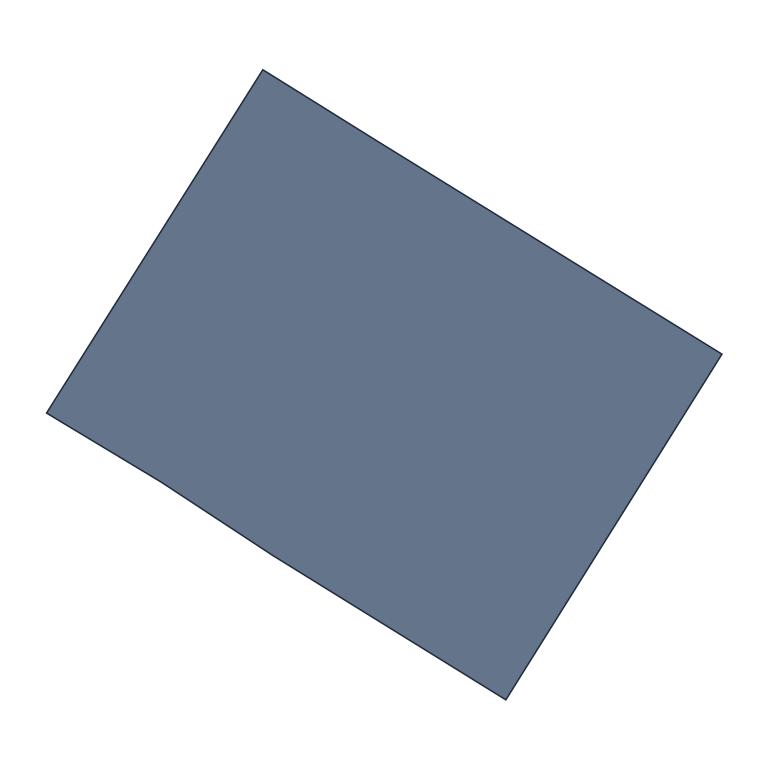 the district of Jefferson, Iowa, United States of America, rotated 212°
{"feature_id": "52423323B65380617817851", "entity_name": "Jefferson", "entity_type": "district", "adm_level": 2, "iso_a3": "USA", "parent_name": "United States of America", "parent_adm1": "Iowa", "projection": "orthographic", "projection_center": [-91.948, 41.032], "detail": "fine", "context": "isolated", "style": "filled", "palette": "slate", "viewbox_px": 768, "rotation_deg": 212, "n_neighbors": 0, "source": "geoboundaries", "source_scale": "gbopen_adm2", "svg_char_len": 267}
<svg xmlns="http://www.w3.org/2000/svg" viewBox="0 0 768 768"><g transform="rotate(212 384 384)"><path d="M113.3,180.7L113.2,588.4L519.0,586.4L653.3,586.3L654.8,180.5L521.4,182.7L386.9,179.6L113.3,180.7Z" fill="#64748b" stroke="#1e293b" stroke-width="1.5"/></g></svg>